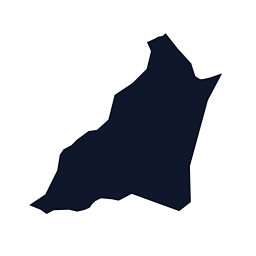 map outline of Maribor (orthographic projection), rotated 281°
{"feature_id": "SVN-256", "entity_name": "Maribor", "entity_type": "Municipality", "adm_level": 1, "iso_a3": "SVN", "parent_name": "Slovenia", "parent_adm1": "", "projection": "orthographic", "projection_center": [15.629, 46.576], "detail": "fine", "context": "isolated", "style": "filled", "palette": "ink", "viewbox_px": 256, "rotation_deg": 281, "n_neighbors": 0, "source": "natural_earth", "source_scale": "10m", "svg_char_len": 674}
<svg xmlns="http://www.w3.org/2000/svg" viewBox="0 0 256 256"><g transform="rotate(281 128 128)"><path d="M28.9,64.4L31.8,58.0L33.9,47.3L46.7,60.2L73.0,67.4L88.5,66.9L94.4,69.5L99.8,76.3L106.3,80.6L116.8,90.3L119.6,98.4L132.2,107.9L157.6,109.3L172.5,124.4L189.3,135.8L208.0,136.7L215.7,131.3L220.2,137.7L222.7,140.6L224.3,144.8L227.1,147.0L215.0,161.0L202.9,177.2L191.3,183.5L189.5,187.4L188.9,190.1L189.9,193.3L192.3,198.8L198.0,208.7L170.6,200.4L102.2,195.3L67.5,203.0L57.0,193.8L64.9,144.0L55.7,132.5L55.7,125.2L54.6,114.6L50.6,109.3L47.1,106.8L42.9,104.9L39.8,100.3L37.0,94.0L37.3,85.5L33.8,70.4L28.9,64.4Z" fill="#0f172a" stroke="#020617" stroke-width="1.5"/></g></svg>